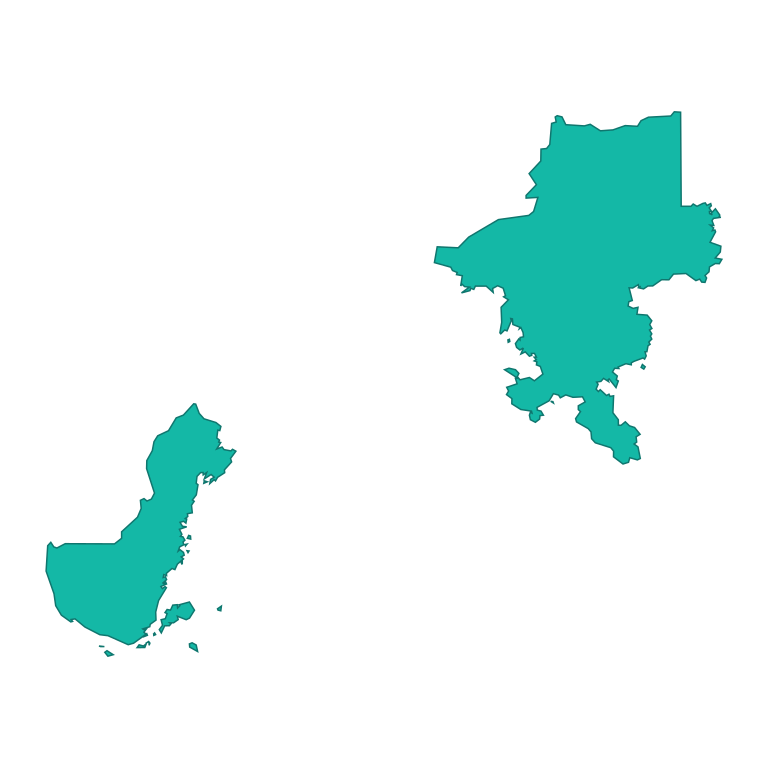 the district of Zamboanga del Sur, Zamboanga del Sur, Philippines
{"feature_id": "2640588B82692599034098", "entity_name": "Zamboanga del Sur", "entity_type": "district", "adm_level": 2, "iso_a3": "PHL", "parent_name": "Philippines", "parent_adm1": "Zamboanga del Sur", "projection": "orthographic", "projection_center": [122.897, 7.565], "detail": "fine", "context": "isolated", "style": "filled", "palette": "teal", "viewbox_px": 768, "rotation_deg": 0, "n_neighbors": 0, "source": "geoboundaries", "source_scale": "gbopen_adm2", "svg_char_len": 6121}
<svg xmlns="http://www.w3.org/2000/svg" viewBox="0 0 768 768"><path d="M715.6,231.8L714.9,230.0L712.3,230.7L713.6,227.9L710.2,225.1L713.8,225.4L712.0,220.6L713.5,218.4L720.9,217.3L719.1,216.9L719.8,215.1L715.4,208.8L711.1,213.3L712.3,214.8L709.6,213.6L709.4,211.5L711.5,211.4L709.2,207.9L711.3,205.8L710.7,203.6L706.9,205.4L705.3,202.9L702.9,203.4L697.0,206.3L693.2,204.0L691.0,206.3L681.2,206.3L680.6,112.2L674.3,111.8L670.8,116.0L648.4,117.2L641.1,120.6L637.5,126.3L625.2,125.6L612.9,129.9L600.4,130.8L590.2,124.3L584.4,125.9L565.8,124.7L562.0,116.9L557.2,115.7L555.2,117.0L556.2,122.0L551.6,123.4L549.8,144.5L546.6,148.5L541.0,149.1L540.8,161.0L529.1,173.6L536.4,184.7L526.1,195.4L526.1,198.1L537.9,197.4L533.6,211.5L528.8,215.4L498.4,219.6L468.7,237.1L458.2,247.8L437.2,246.8L434.4,262.6L450.8,267.2L452.5,270.5L457.2,272.5L456.5,274.6L462.3,275.7L460.7,285.9L462.0,284.2L464.6,286.6L469.4,287.1L461.5,292.9L470.0,290.6L470.7,288.3L473.8,289.4L475.4,286.1L486.2,286.1L493.2,292.4L492.6,288.5L497.7,285.7L503.2,288.2L505.5,295.7L503.6,296.8L508.4,299.8L501.1,307.3L501.7,322.3L499.9,332.8L500.8,333.8L504.7,330.0L507.0,330.9L511.3,320.8L510.7,318.5L512.4,318.8L512.9,324.5L520.0,327.3L519.4,328.7L520.9,327.6L523.1,332.6L523.5,336.8L520.1,337.5L520.0,340.0L518.8,338.9L515.4,343.6L516.6,347.4L519.9,350.0L522.7,348.3L523.2,348.6L520.9,354.0L525.3,351.9L529.4,356.2L531.8,355.3L531.4,353.4L534.5,353.4L536.4,357.1L534.2,357.2L536.3,359.6L534.2,360.9L536.9,361.9L536.4,364.9L540.3,366.4L542.9,374.1L534.4,380.8L529.4,377.5L520.0,379.8L517.3,376.6L518.9,373.4L515.5,369.7L509.0,368.2L504.6,369.7L517.7,378.2L515.4,378.3L517.1,383.8L506.7,387.3L508.6,391.0L506.5,394.6L511.9,398.6L511.8,403.8L520.8,409.5L531.5,411.1L532.0,413.1L530.4,412.2L529.4,415.2L530.4,419.7L535.4,422.3L539.6,419.1L540.0,415.6L543.4,415.2L541.0,411.1L537.3,410.1L537.0,407.4L549.1,400.8L553.4,393.7L558.6,395.1L560.3,397.8L565.8,394.9L572.9,397.3L582.5,396.8L585.2,401.9L578.3,405.8L578.3,409.6L580.5,411.6L575.6,418.6L576.5,421.9L588.2,428.6L591.0,431.9L591.6,438.7L595.3,442.8L610.8,447.7L613.6,451.1L613.5,456.8L623.0,464.0L628.5,462.3L629.8,457.7L637.4,459.9L640.3,458.5L638.0,446.9L634.1,444.0L636.7,442.1L636.1,436.8L640.1,434.3L634.6,427.5L629.4,425.8L625.3,421.8L621.1,425.3L618.4,425.2L618.3,419.7L612.9,412.7L613.6,395.8L610.0,396.4L609.0,394.2L606.5,395.5L600.2,389.7L598.4,391.5L596.1,389.2L598.1,384.3L596.6,382.1L600.9,381.4L603.6,378.4L608.6,381.6L608.0,379.9L609.1,378.9L616.0,387.6L618.3,381.0L616.3,379.7L617.3,376.0L612.5,372.0L614.6,368.3L618.9,368.5L618.1,367.0L625.9,363.7L631.3,364.8L631.3,362.8L634.1,361.3L643.0,358.0L644.6,359.1L646.2,355.9L645.0,351.8L646.9,351.7L648.0,345.8L650.1,344.3L648.8,342.1L651.8,339.1L650.4,336.1L651.8,333.9L649.5,330.0L651.9,328.5L649.7,324.6L651.8,320.8L647.2,315.1L636.9,314.3L638.0,307.3L633.1,308.4L628.1,306.0L628.8,301.7L632.3,300.5L629.1,287.8L632.7,288.0L638.3,284.7L638.7,287.1L640.1,286.7L639.8,288.0L638.5,287.4L638.3,287.7L643.6,288.9L647.9,286.0L652.8,285.9L661.6,279.7L668.9,279.8L673.5,274.1L686.0,273.5L695.9,280.6L699.7,279.1L701.7,282.1L705.0,282.4L706.6,278.0L705.0,275.5L709.0,271.8L709.5,266.9L715.3,263.5L719.3,263.7L721.9,259.3L715.2,258.0L720.3,252.0L720.9,246.2L710.0,242.3L715.6,231.8ZM50.8,542.3L47.7,545.7L46.1,571.1L54.0,593.7L55.7,605.7L61.4,615.2L70.8,621.9L72.6,621.4L71.1,619.5L75.1,618.9L84.9,627.0L99.8,634.7L108.0,635.7L128.2,644.7L133.6,643.2L146.1,634.1L143.9,632.2L146.2,629.2L144.5,629.8L143.3,629.4L142.7,628.9L149.8,626.7L150.2,624.3L156.0,620.1L155.7,612.0L158.6,600.5L166.4,587.7L165.0,586.6L162.4,588.6L160.9,586.5L166.5,584.0L165.8,582.3L163.9,583.7L162.9,583.0L166.6,579.6L165.4,576.8L163.2,577.5L163.8,574.6L166.6,575.6L166.4,573.3L172.0,568.5L174.9,569.6L177.4,564.1L183.5,558.9L181.2,556.9L184.2,555.2L183.5,552.4L180.0,549.7L178.2,551.1L179.7,546.8L183.8,544.8L183.0,542.0L184.9,540.2L182.9,536.8L180.4,536.4L181.9,534.3L179.4,529.3L186.7,526.8L182.5,526.3L180.0,522.3L183.6,521.3L185.9,523.1L186.7,519.1L185.2,518.6L187.8,516.5L187.4,513.7L192.3,512.8L191.5,505.2L194.2,501.3L192.4,500.0L196.3,494.9L198.0,484.7L196.2,483.3L197.0,476.4L200.6,472.6L203.1,472.5L203.2,474.9L206.7,472.5L204.3,478.9L211.1,474.5L214.2,477.2L210.6,479.4L209.8,483.6L214.1,479.7L215.5,480.9L217.6,477.3L224.7,472.7L224.4,469.9L231.6,461.9L230.5,458.5L235.9,451.2L232.5,449.3L230.9,450.9L224.0,449.6L222.1,447.0L216.7,449.0L220.7,442.5L218.7,442.1L219.5,440.1L216.8,438.0L217.8,430.1L219.8,430.6L220.9,426.4L215.9,422.5L204.0,418.8L199.2,413.4L195.7,404.1L193.7,403.8L183.4,415.1L176.2,417.9L168.5,430.7L157.7,435.8L154.0,441.7L152.3,450.7L146.8,460.6L146.6,468.6L154.5,493.1L151.4,499.1L147.0,501.0L144.0,498.6L140.4,500.3L141.2,508.5L137.5,517.2L121.6,531.8L121.6,538.3L114.5,543.9L65.2,543.7L56.9,548.0L53.8,546.9L50.8,542.3ZM189.4,602.0L178.7,604.9L179.8,605.8L177.6,608.0L177.2,604.7L172.8,605.1L170.5,610.1L167.1,609.5L165.0,612.6L167.1,613.6L165.3,618.7L161.1,619.7L162.5,625.3L159.3,629.6L161.3,632.9L164.7,625.8L169.4,625.7L171.0,623.8L169.7,622.8L173.6,622.8L178.2,619.6L177.3,616.2L186.2,619.7L189.5,618.1L194.5,610.2L189.4,602.0ZM192.1,642.8L189.4,643.9L189.7,647.1L197.6,651.5L196.2,645.0L192.1,642.8ZM107.0,650.7L104.8,652.3L107.9,656.2L113.2,654.7L107.0,650.7ZM146.2,643.9L143.4,646.0L139.1,644.8L137.1,647.6L144.8,647.5L146.2,643.9ZM642.4,364.5L641.1,367.4L643.8,369.1L645.2,366.8L642.4,364.5ZM190.5,536.0L188.7,535.4L187.3,538.3L190.7,539.1L190.5,536.0ZM221.4,606.1L217.5,608.8L218.0,610.1L220.8,610.8L221.4,606.1ZM207.3,481.8L204.3,480.8L203.8,483.3L207.3,481.8ZM509.4,339.3L507.9,339.9L508.2,342.3L509.8,341.5L509.4,339.3ZM189.0,551.0L187.0,550.7L188.0,552.6L189.0,551.0ZM552.9,401.6L550.7,401.3L553.4,403.0L552.9,401.6ZM104.4,646.6L99.0,646.0L100.6,646.6L104.4,646.6ZM182.3,561.6L181.1,562.3L181.7,563.9L182.3,563.7L182.3,561.6ZM187.0,544.1L185.2,544.5L185.5,545.9L187.0,544.1ZM155.6,634.6L154.6,632.9L154.2,633.3L153.9,634.4L153.7,634.3L153.8,635.4L155.6,634.6ZM147.4,635.3L146.8,633.8L144.8,636.3L147.4,635.3ZM148.6,641.5L147.4,642.3L149.0,642.2L149.1,645.3L149.9,643.1L148.6,641.5Z" fill="#14b8a6" stroke="#0f766e" stroke-width="1.5"/></svg>